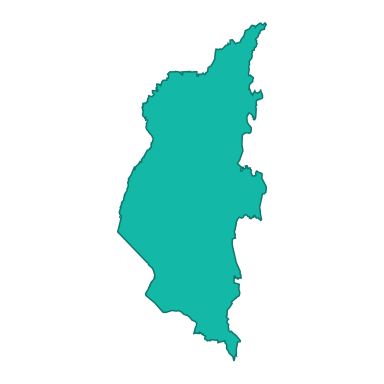 the district of NCR, Second District, Quezon City, Philippines
{"feature_id": "2640588B12869096786612", "entity_name": "NCR, Second District", "entity_type": "district", "adm_level": 2, "iso_a3": "PHL", "parent_name": "Philippines", "parent_adm1": "Quezon City", "projection": "equal_earth", "projection_center": [121.081, 14.655], "detail": "fine", "context": "isolated", "style": "filled", "palette": "teal", "viewbox_px": 384, "rotation_deg": 0, "n_neighbors": 0, "source": "geoboundaries", "source_scale": "gbopen_adm2", "svg_char_len": 5975}
<svg xmlns="http://www.w3.org/2000/svg" viewBox="0 0 384 384"><path d="M146.2,295.7L154.8,302.9L163.1,312.3L165.8,312.4L171.9,310.5L176.3,311.0L178.9,310.7L181.3,311.9L184.0,314.4L188.0,315.7L189.5,317.0L192.0,320.1L195.5,321.6L196.7,323.4L196.5,325.6L195.4,327.7L193.9,333.6L195.8,333.2L195.8,332.9L197.8,333.5L199.4,332.9L199.3,332.3L199.6,332.2L199.8,333.4L200.7,332.9L202.1,334.4L202.8,333.9L203.5,335.3L205.7,336.4L204.9,337.8L204.7,339.0L206.2,339.8L207.3,340.8L208.1,340.3L210.0,340.8L210.8,340.4L211.0,339.6L217.9,340.4L218.0,342.7L224.7,340.7L225.1,343.0L226.4,344.3L226.7,345.1L226.6,348.7L228.1,350.8L229.3,353.4L232.9,356.6L233.9,361.0L234.7,358.1L234.3,358.1L235.3,355.3L236.3,355.8L236.1,355.3L236.4,354.1L236.3,349.3L237.6,342.1L237.9,341.8L240.0,341.8L240.4,340.8L236.2,335.6L232.3,332.5L231.5,331.3L229.5,331.6L228.5,329.6L228.7,328.5L228.2,326.8L228.6,324.4L226.7,322.5L227.5,320.2L228.5,319.2L226.2,316.9L226.6,315.4L227.0,315.5L227.3,309.7L228.7,308.6L232.2,303.5L231.4,302.0L235.6,298.2L236.3,298.1L237.1,296.7L238.6,296.3L239.2,295.5L239.7,293.6L239.6,291.5L238.8,289.6L239.1,285.7L239.0,285.1L239.3,284.3L234.0,282.7L234.2,276.1L235.4,276.4L235.3,278.1L237.3,278.0L237.4,278.9L238.2,279.0L238.5,278.6L238.6,278.0L241.1,278.1L240.8,274.9L240.1,273.5L240.1,271.2L236.3,262.7L232.7,247.1L232.1,243.9L232.4,239.0L235.5,238.0L234.9,236.5L235.4,235.4L235.3,234.2L234.5,233.5L234.6,231.7L234.4,230.7L235.2,229.6L235.6,226.2L236.0,225.9L236.0,224.4L236.4,223.3L236.1,222.5L237.7,219.0L239.2,217.2L241.8,218.1L243.1,217.4L244.3,215.3L246.4,214.7L247.9,216.5L249.4,216.8L249.5,218.1L250.3,218.6L251.6,218.4L252.2,217.3L253.3,217.3L253.7,216.8L253.6,216.1L253.8,215.5L254.7,215.4L255.3,216.9L256.2,217.8L256.5,217.5L257.1,218.0L258.2,217.9L259.3,219.2L260.4,219.8L260.6,220.3L261.1,220.1L261.6,219.1L261.2,218.3L260.3,212.9L260.4,211.5L259.6,207.6L262.5,193.8L264.2,193.8L265.8,192.4L266.3,188.1L266.1,186.4L261.8,178.2L262.2,173.9L260.6,172.9L258.3,172.2L256.8,171.0L256.2,171.6L255.7,173.1L255.7,174.3L256.1,174.8L256.0,175.4L255.1,175.9L252.4,175.9L250.9,172.4L251.4,170.4L251.1,169.8L250.3,169.2L250.1,167.9L249.4,167.9L247.9,168.7L247.5,166.4L246.8,165.6L245.3,166.1L245.4,166.7L246.1,167.8L244.8,168.8L244.0,168.8L243.1,167.2L242.5,167.3L242.1,168.0L242.6,169.5L242.5,170.3L241.8,171.1L241.1,171.2L240.7,170.9L240.5,169.8L241.2,167.0L237.3,163.5L239.5,160.4L242.9,150.8L241.9,144.5L242.3,135.4L243.0,134.5L245.4,132.8L246.8,132.7L249.7,133.3L251.0,131.8L251.3,127.9L250.2,126.2L249.0,125.1L247.2,122.1L246.8,117.1L248.7,113.1L250.6,113.6L252.5,115.4L252.5,116.8L253.2,116.6L253.8,117.1L253.3,119.1L253.5,119.5L254.7,119.7L255.6,117.8L255.8,115.9L256.2,108.4L255.7,106.7L256.0,105.5L256.6,105.3L256.1,102.6L256.3,101.4L256.8,100.4L257.7,99.7L259.0,99.7L259.9,99.0L261.3,98.7L262.1,98.3L262.6,97.4L262.4,94.7L261.0,91.6L260.6,89.5L260.4,91.2L257.7,93.2L256.2,92.8L255.3,92.2L254.8,90.8L252.5,95.3L251.9,94.4L252.4,93.4L251.2,93.4L249.8,89.2L249.5,88.9L248.9,89.2L249.5,84.7L251.9,82.1L252.7,81.8L252.7,79.9L253.4,77.7L250.3,75.2L249.0,75.7L248.5,73.8L249.2,69.3L248.6,66.4L249.6,64.4L249.1,61.6L251.7,58.1L252.2,56.0L251.8,53.9L252.4,52.6L252.1,51.7L252.4,50.6L254.1,50.3L254.4,47.7L255.2,47.6L256.4,46.2L256.3,45.5L257.1,43.6L256.5,42.6L256.6,40.6L255.9,39.9L255.6,38.9L257.7,37.1L258.8,34.9L258.7,33.7L259.3,33.1L259.8,33.2L259.9,32.2L261.1,30.0L264.4,29.3L264.5,27.7L266.2,24.3L265.6,23.9L265.3,23.1L264.8,23.0L263.3,24.7L262.8,24.9L261.9,24.4L261.0,23.3L259.9,23.2L256.1,26.1L255.5,27.4L254.7,25.9L252.1,25.3L250.8,26.5L249.3,28.9L245.4,30.6L244.0,35.6L241.0,39.8L240.3,42.0L235.5,43.7L232.4,39.8L230.1,40.1L230.2,43.6L229.9,44.0L228.4,44.3L228.0,43.5L227.7,44.7L226.3,45.5L225.8,45.4L223.3,48.1L221.2,49.5L219.9,48.9L219.1,49.6L216.0,49.1L215.2,53.3L214.7,59.1L212.3,63.9L210.7,66.1L208.1,67.6L207.7,71.6L206.0,72.6L204.9,74.6L203.0,73.5L202.9,73.1L201.7,74.3L198.5,74.3L198.4,76.0L196.9,75.9L196.9,71.8L196.1,71.7L190.8,72.1L190.7,71.6L189.8,71.9L189.1,71.4L188.3,72.0L188.1,71.6L182.7,71.9L182.7,74.7L182.0,74.8L182.0,74.4L181.1,74.0L181.0,72.1L180.2,72.7L179.6,72.6L179.3,72.0L175.7,71.5L175.7,71.8L169.9,71.9L167.6,74.1L168.3,75.3L168.5,75.0L168.5,78.1L166.9,78.2L166.9,80.3L165.0,80.1L162.9,80.5L161.8,82.0L160.8,85.8L160.0,85.5L160.2,84.5L156.9,84.0L156.6,85.4L157.1,86.0L157.1,87.3L156.1,87.8L156.1,88.4L157.6,89.4L157.9,90.9L156.9,91.4L156.5,90.1L155.0,90.7L152.5,90.6L152.5,92.8L154.3,94.6L152.8,95.7L152.0,96.8L148.8,95.7L148.5,97.6L147.7,98.9L147.7,101.0L147.5,101.6L147.0,101.5L146.6,102.5L146.3,102.5L146.3,103.0L144.4,103.1L144.1,103.7L143.7,103.3L142.9,103.5L142.9,106.7L142.6,106.5L142.1,107.3L143.0,110.7L143.3,110.7L142.6,114.8L143.0,116.1L143.8,116.8L145.6,117.5L144.9,118.3L145.4,118.7L145.7,120.2L146.4,119.9L147.5,120.2L147.4,121.3L146.3,123.8L146.6,125.2L146.0,127.0L146.5,129.2L148.1,131.0L148.9,132.4L151.9,135.7L152.4,137.3L153.3,138.4L153.3,139.0L152.7,140.5L152.4,142.5L151.2,143.0L151.5,144.4L151.1,144.6L151.1,146.2L151.3,147.5L150.7,147.8L150.4,148.4L149.9,148.3L148.9,149.6L147.3,150.3L143.9,156.5L144.5,156.5L144.8,156.5L144.2,156.5L144.2,157.0L143.3,157.2L141.4,159.8L141.8,160.7L141.7,161.7L141.1,162.3L140.1,161.4L139.5,162.4L139.6,162.7L139.2,162.8L138.5,163.8L138.6,164.3L136.8,165.6L136.1,166.6L134.9,167.0L135.1,169.5L134.1,169.8L133.8,168.5L131.1,175.0L128.8,178.4L128.5,178.5L128.5,181.7L127.9,182.0L127.7,182.7L128.2,184.0L128.1,186.5L127.6,188.1L127.1,188.5L127.0,190.7L124.7,194.2L125.0,195.0L124.4,195.4L123.8,198.5L123.9,200.1L122.0,201.9L122.1,202.9L121.9,203.4L121.5,203.3L121.4,204.8L120.4,207.2L120.9,207.2L119.2,212.5L120.3,215.2L121.4,215.7L121.5,216.1L121.1,217.6L119.9,217.1L119.9,217.4L121.1,218.0L117.7,231.9L146.9,262.3L148.2,263.2L148.5,264.7L152.3,268.1L153.5,270.6L154.9,275.2L154.2,277.7L154.9,278.1L151.4,282.1L151.1,282.5L151.4,282.7L151.3,283.0L149.7,285.1L150.2,286.2L148.9,287.2L148.2,289.3L145.6,293.5L145.7,295.0L146.2,295.7Z" fill="#14b8a6" stroke="#0f766e" stroke-width="1.5"/></svg>